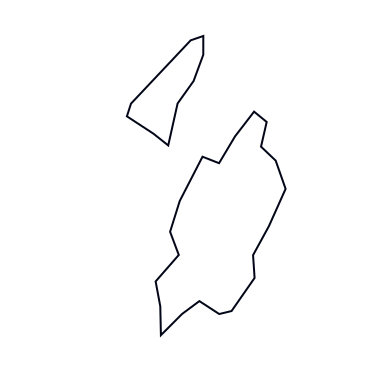 an SVG outline of Triesenberg, rotated 213°
{"feature_id": "LIE-4892", "entity_name": "Triesenberg", "entity_type": "state/province", "adm_level": 1, "iso_a3": "LIE", "parent_name": "Liechtenstein", "parent_adm1": "", "projection": "mercator", "projection_center": [9.569, 47.119], "detail": "fine", "context": "isolated", "style": "outline", "palette": "ink", "viewbox_px": 384, "rotation_deg": 213, "n_neighbors": 0, "source": "natural_earth", "source_scale": "10m", "svg_char_len": 545}
<svg xmlns="http://www.w3.org/2000/svg" viewBox="0 0 384 384"><g transform="rotate(213 192 192)"><path d="M167.5,291.4L158.8,267.6L138.9,263.9L115.2,245.6L108.9,205.3L106.4,172.3L92.7,154.0L94.0,113.7L102.7,104.5L126.4,104.5L133.9,84.3L140.1,55.0L156.3,78.8L173.8,97.2L168.8,132.0L188.7,146.7L197.4,177.8L202.4,227.3L185.0,230.9L186.2,262.1L183.7,293.2L167.5,291.4ZM287.8,220.0L291.3,232.9L275.7,318.5L267.5,329.0L257.3,313.3L251.1,285.9L252.3,258.4L237.3,218.1L256.0,219.9L287.8,220.0Z" fill="none" stroke="#020617" stroke-width="2"/></g></svg>